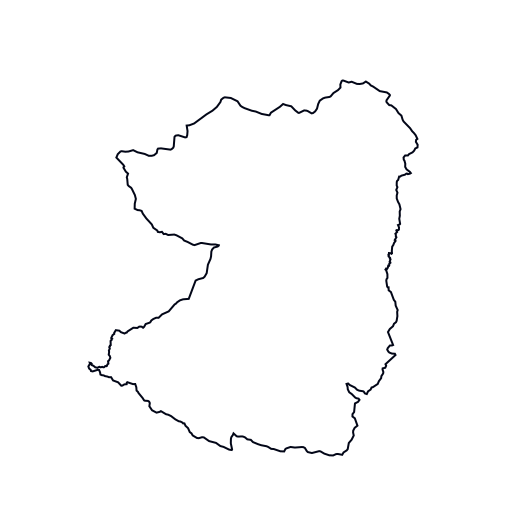 the district of Mongua, Boyacá, Colombia, rotated 103°
{"feature_id": "7082276B23995314387888", "entity_name": "Mongua", "entity_type": "district", "adm_level": 2, "iso_a3": "COL", "parent_name": "Colombia", "parent_adm1": "Boyacá", "projection": "natural_earth1", "projection_center": [-72.676, 5.698], "detail": "fine", "context": "isolated", "style": "outline", "palette": "ink", "viewbox_px": 512, "rotation_deg": 103, "n_neighbors": 0, "source": "geoboundaries", "source_scale": "gbopen_adm2", "svg_char_len": 6124}
<svg xmlns="http://www.w3.org/2000/svg" viewBox="0 0 512 512"><g transform="rotate(103 256 256)"><path d="M105.6,125.1L102.4,127.6L100.7,129.7L99.3,131.9L96.8,134.6L91.7,142.5L90.2,143.8L86.5,145.9L84.7,149.3L81.3,152.7L78.8,158.0L79.0,160.1L76.8,163.3L75.9,163.8L74.8,163.8L69.6,161.7L69.1,161.7L68.3,162.7L67.2,165.3L67.5,172.5L64.5,180.2L64.0,182.5L62.6,184.5L61.3,188.2L63.8,190.6L65.1,193.7L65.6,196.4L64.7,202.0L66.1,204.7L65.4,210.3L65.6,211.3L66.4,211.9L69.9,212.4L72.9,211.6L75.9,213.4L79.8,217.2L83.7,219.2L84.5,220.2L86.1,224.2L87.3,226.1L90.3,228.8L93.9,229.6L98.7,229.7L101.8,230.9L103.9,232.6L104.5,233.9L103.2,238.0L103.0,239.4L103.3,241.8L106.8,246.1L107.0,246.9L105.3,250.6L102.2,255.3L102.2,260.9L101.8,263.8L105.3,266.3L113.0,273.7L115.8,274.5L116.0,275.3L116.3,282.4L115.3,288.7L115.4,292.8L114.5,300.4L113.9,302.9L113.1,304.9L109.4,308.8L107.7,316.1L108.4,322.1L109.2,323.3L111.5,325.1L114.0,325.3L119.6,327.7L124.2,331.1L129.1,336.1L140.8,346.1L143.6,350.3L144.5,352.9L149.7,350.8L153.7,350.2L155.8,350.4L156.4,351.7L155.8,358.9L156.7,361.2L157.4,361.8L158.3,362.2L167.7,360.8L169.1,361.0L170.8,362.2L171.6,363.2L172.5,372.8L173.4,375.6L174.4,376.0L177.9,375.9L180.7,378.0L181.8,380.1L182.5,382.9L181.6,387.4L181.6,394.8L180.5,399.5L182.9,403.8L183.8,406.8L184.1,410.5L184.7,411.6L187.9,413.6L191.5,414.2L197.0,405.8L198.3,404.5L199.4,405.1L199.8,405.0L203.1,401.8L204.5,399.2L208.4,399.6L209.9,398.8L215.5,397.0L216.5,395.7L217.6,393.0L218.6,392.0L223.9,387.7L227.4,385.9L232.3,385.9L237.2,384.9L237.9,381.7L237.6,379.6L237.8,377.6L240.2,375.8L244.1,371.3L248.7,364.6L251.6,362.4L253.4,357.9L254.6,357.1L254.5,355.0L253.6,353.1L255.4,350.9L254.7,349.0L255.3,346.3L253.5,340.5L253.7,338.2L255.4,331.8L257.1,329.5L257.7,325.8L259.2,320.0L259.2,318.3L255.8,312.8L255.5,311.7L254.9,302.6L253.9,298.2L253.9,294.6L254.2,294.6L255.4,295.5L257.2,298.9L259.5,300.2L261.7,300.5L266.5,299.7L269.1,299.7L275.3,300.9L283.8,300.2L287.7,301.4L289.3,302.5L291.6,306.9L293.5,309.3L312.9,311.9L314.6,317.3L316.3,320.1L318.9,322.5L320.3,323.2L321.5,324.4L329.6,328.6L334.0,334.4L338.1,337.0L338.6,339.4L340.5,341.9L342.5,343.6L343.6,343.8L344.8,344.5L347.1,348.2L350.2,349.1L351.3,349.9L350.6,351.4L350.7,352.5L351.1,353.9L352.8,355.4L353.5,359.4L358.4,364.2L359.8,364.8L360.1,365.7L361.1,366.6L360.6,370.5L359.5,372.4L359.8,375.9L362.9,376.9L363.8,376.6L365.3,377.9L368.4,378.6L369.0,377.6L369.6,378.1L370.3,377.8L371.5,378.6L375.5,377.5L376.2,378.2L377.1,378.0L377.8,378.5L379.2,377.6L381.1,378.1L382.6,377.5L385.3,377.3L386.3,376.0L388.0,375.0L391.0,375.8L391.8,376.5L394.1,375.6L395.1,376.4L396.7,376.6L397.1,377.1L397.1,378.1L398.5,379.0L398.8,379.8L398.6,380.9L399.4,382.3L399.2,383.7L400.6,385.5L400.6,387.6L399.5,389.8L399.3,391.4L399.0,391.8L398.0,391.8L397.4,392.7L397.4,394.0L398.2,393.5L401.3,394.5L403.2,393.3L404.2,391.4L405.2,390.9L405.2,389.2L402.5,384.6L402.3,383.3L404.4,381.8L406.5,380.9L406.8,379.5L406.6,377.5L407.0,376.2L406.9,373.6L407.2,372.0L406.7,369.9L409.4,367.3L410.1,361.9L412.7,358.1L412.3,357.0L410.7,355.4L410.0,353.2L408.5,353.4L407.9,353.0L408.5,347.0L407.9,344.9L410.8,343.1L414.0,342.1L414.9,340.5L415.9,339.7L419.9,334.5L421.8,332.6L422.0,331.7L421.5,328.7L421.9,327.4L423.2,326.4L426.4,326.1L429.7,322.6L431.0,317.7L429.4,314.5L428.7,314.1L428.6,313.6L430.4,308.1L430.4,305.8L431.1,302.7L433.3,297.9L434.4,294.1L434.3,292.4L434.9,290.1L435.5,289.4L435.2,288.1L437.3,286.5L439.0,283.5L442.5,280.9L443.3,279.0L445.1,277.3L446.6,272.6L446.4,270.8L444.7,267.8L444.5,266.0L446.9,260.1L447.1,252.9L449.2,248.0L449.3,244.7L450.7,238.6L450.5,236.0L449.8,235.8L444.2,238.4L439.8,239.3L438.1,239.3L435.7,238.3L433.9,238.0L436.0,234.3L436.0,232.9L434.9,228.9L434.9,227.5L435.2,225.9L436.6,223.2L436.3,219.7L438.0,217.1L438.9,211.7L439.2,208.4L439.0,202.9L439.3,201.2L440.5,197.8L440.1,195.3L440.8,188.3L440.1,184.6L437.4,183.9L436.6,183.1L434.3,179.4L433.9,175.0L431.8,168.3L431.6,166.8L432.1,165.1L434.6,162.7L435.4,161.4L435.4,157.2L431.9,150.5L431.9,149.1L433.2,145.0L433.7,139.7L433.0,136.0L431.0,133.4L430.5,131.8L430.3,127.3L427.7,126.5L425.0,123.9L423.6,123.2L417.3,123.5L413.5,121.5L408.9,120.4L406.1,121.7L404.3,122.0L401.2,121.2L398.5,119.0L391.9,123.2L390.7,125.9L388.4,126.4L386.0,125.3L377.4,126.4L375.2,123.8L372.9,122.8L371.9,124.0L372.0,126.1L371.6,127.5L369.0,131.6L367.8,134.5L365.2,136.6L363.0,137.3L360.3,139.0L359.5,137.6L360.6,135.7L361.9,130.1L363.6,127.4L364.0,125.2L363.7,121.2L363.9,120.5L365.4,119.0L365.6,117.0L362.7,116.4L360.4,114.3L358.1,113.8L357.5,112.6L353.3,108.6L350.3,108.1L346.9,106.6L344.8,106.8L341.9,105.7L340.4,105.8L338.1,107.2L337.0,107.3L335.8,104.9L333.6,104.5L332.3,105.5L321.1,97.8L320.0,98.7L320.5,101.6L320.1,104.3L319.4,105.5L317.7,107.1L316.1,106.9L313.1,105.4L312.6,103.4L311.9,102.4L300.4,110.3L297.0,109.2L293.6,106.7L291.0,106.3L289.0,104.7L287.5,104.4L282.8,104.7L278.7,105.9L276.8,105.8L273.0,108.7L269.2,110.0L267.8,111.8L260.8,116.4L259.6,119.0L256.7,119.8L256.9,120.6L256.3,121.3L250.8,123.5L249.3,123.6L247.8,123.0L244.1,123.9L240.7,125.9L240.1,126.8L239.0,126.4L239.3,125.5L237.7,124.9L236.4,125.0L235.9,124.4L235.4,124.8L234.9,124.1L233.4,124.4L232.4,123.5L232.0,123.6L231.5,124.5L228.9,124.2L228.5,125.0L227.6,125.0L226.6,126.7L225.5,126.7L225.3,127.2L224.8,127.3L224.3,126.9L223.2,127.1L223.0,125.6L223.4,124.5L222.8,124.1L220.6,124.8L216.2,125.4L214.5,124.7L212.2,124.4L209.9,123.4L209.5,123.6L209.2,124.4L206.1,123.4L205.2,124.3L204.0,124.4L203.0,125.2L200.9,123.9L199.6,125.0L199.2,124.9L198.8,123.2L198.1,122.7L195.9,123.1L193.9,124.6L192.8,123.0L192.3,122.8L187.5,124.8L184.5,124.9L180.3,126.0L177.8,125.7L173.4,127.9L171.3,129.8L168.3,131.8L165.4,132.5L162.5,132.4L160.1,134.2L157.1,133.7L155.6,134.8L152.2,135.5L151.1,135.4L149.9,134.6L146.4,134.4L146.2,133.4L145.0,132.4L143.3,129.2L141.9,128.0L141.7,127.4L142.1,126.5L141.2,124.6L140.4,123.8L139.4,125.0L137.7,128.8L135.6,130.7L132.5,131.3L129.7,132.8L128.9,133.7L126.8,134.4L124.5,133.3L123.9,130.6L122.3,129.8L119.8,126.8L117.8,125.6L115.4,125.0L113.9,123.1L111.3,123.5L108.8,125.9L106.8,126.1L105.6,125.1Z" fill="none" stroke="#020617" stroke-width="2"/></g></svg>